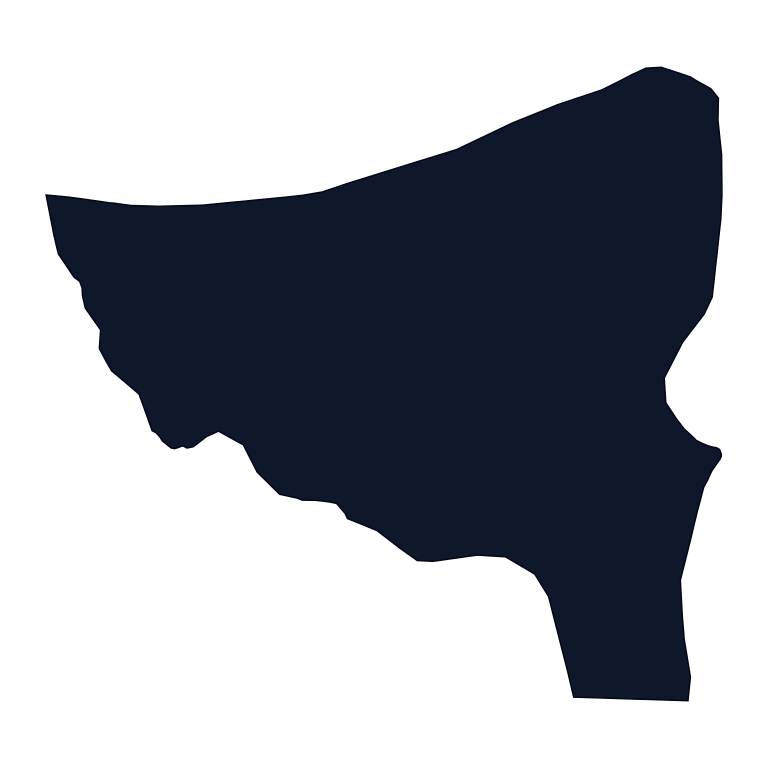 Az Zuhrah, Al Hudaydah, Yemen (orthographic projection)
{"feature_id": "15242507B61035382056720", "entity_name": "Az Zuhrah", "entity_type": "district", "adm_level": 2, "iso_a3": "YEM", "parent_name": "Yemen", "parent_adm1": "Al Hudaydah", "projection": "orthographic", "projection_center": [43.096, 15.722], "detail": "fine", "context": "isolated", "style": "filled", "palette": "ink", "viewbox_px": 768, "rotation_deg": 0, "n_neighbors": 0, "source": "geoboundaries", "source_scale": "gbopen_adm2", "svg_char_len": 2790}
<svg xmlns="http://www.w3.org/2000/svg" viewBox="0 0 768 768"><path d="M46.1,195.0L53.9,234.9L55.1,240.0L56.4,245.8L58.4,253.9L74.2,277.4L79.6,281.2L82.1,287.7L82.5,295.8L85.3,308.1L91.0,316.2L91.3,316.7L100.2,329.3L100.6,329.9L99.8,342.1L99.7,343.5L99.4,348.2L99.4,348.7L106.3,361.6L111.6,370.8L113.6,372.5L115.2,373.8L115.8,374.3L130.3,386.6L132.5,388.5L139.0,394.0L142.4,403.2L150.0,424.6L152.2,430.8L152.9,431.1L156.2,432.8L160.0,437.1L162.3,440.8L168.5,445.9L171.2,448.0L174.6,448.6L177.4,447.8L182.6,445.8L184.1,446.5L187.0,448.0L187.6,447.9L189.4,447.5L193.3,446.7L202.3,439.8L206.4,436.6L216.3,432.1L218.1,431.3L219.0,431.4L220.3,432.1L222.2,433.2L236.0,440.8L243.3,444.8L244.3,446.8L246.0,450.1L247.7,453.5L248.1,454.3L252.6,463.1L253.2,464.2L256.6,470.9L257.2,472.1L257.5,472.4L259.0,473.9L259.4,474.3L269.0,483.7L274.3,489.0L279.7,494.3L295.8,497.8L297.2,498.1L302.1,500.1L315.6,500.3L328.1,501.7L336.5,503.4L345.1,513.4L347.5,518.6L350.1,519.6L357.8,522.7L370.1,527.7L377.1,530.6L379.4,532.4L393.2,543.0L399.6,548.0L400.2,548.4L417.2,560.5L417.6,560.5L418.9,560.6L432.7,561.3L436.7,560.8L451.4,558.7L454.8,558.2L455.7,558.1L466.3,556.6L468.4,556.3L469.9,556.1L477.3,555.1L480.0,555.2L483.9,555.5L505.5,556.8L534.8,574.1L539.5,581.8L544.9,590.5L548.6,596.5L550.7,604.6L554.3,619.1L556.7,628.5L564.0,657.0L567.7,671.5L573.7,697.1L593.6,697.7L642.3,699.3L644.5,699.3L688.0,700.7L688.8,692.3L690.4,677.3L688.1,663.2L686.9,655.6L685.1,644.8L684.1,638.8L683.5,630.4L682.4,617.5L682.2,614.4L680.5,583.4L680.3,580.3L685.6,559.3L689.2,544.9L690.6,539.4L691.1,537.3L693.6,526.5L695.5,518.9L696.9,512.9L700.4,499.8L703.7,487.2L707.3,480.6L711.7,471.0L714.3,467.3L719.1,460.4L720.0,459.1L721.3,456.4L721.3,454.1L719.6,449.5L716.5,447.7L713.0,447.2L708.1,445.8L702.4,443.5L695.9,440.2L694.8,438.8L684.0,428.8L675.9,418.2L672.4,412.8L665.8,402.8L665.2,393.7L664.6,384.7L664.2,378.0L671.0,364.8L677.6,351.9L679.4,348.5L682.6,342.2L690.3,332.1L695.3,325.6L696.6,323.9L703.6,314.8L704.3,313.8L712.2,297.0L712.8,291.4L714.2,279.0L715.0,271.7L715.1,270.7L715.2,269.4L715.7,265.0L716.6,257.2L716.7,256.5L719.4,231.6L719.7,228.6L720.4,222.9L720.8,219.0L721.0,214.7L721.9,195.9L721.9,195.3L721.9,194.9L721.9,187.3L721.7,170.4L721.6,161.1L721.6,154.6L721.5,154.2L720.5,144.4L720.0,140.0L718.2,122.5L717.9,119.7L718.0,118.0L718.2,106.9L718.4,98.2L711.0,88.9L696.2,80.6L690.4,77.0L682.0,74.1L681.7,74.0L661.2,67.3L645.9,68.2L631.8,74.7L618.4,81.7L601.4,90.1L557.2,104.8L556.3,105.3L513.0,122.7L456.7,149.5L418.6,161.3L347.7,183.4L329.9,189.4L327.8,190.1L322.3,192.0L319.2,192.5L302.7,195.3L286.2,197.1L278.1,197.9L237.7,201.8L236.3,201.9L202.8,205.2L158.9,206.3L130.8,205.5L113.4,203.1L109.9,202.9L107.8,202.6L82.8,199.0L68.3,197.1L46.1,195.0Z" fill="#0f172a" stroke="#020617" stroke-width="1.5"/></svg>